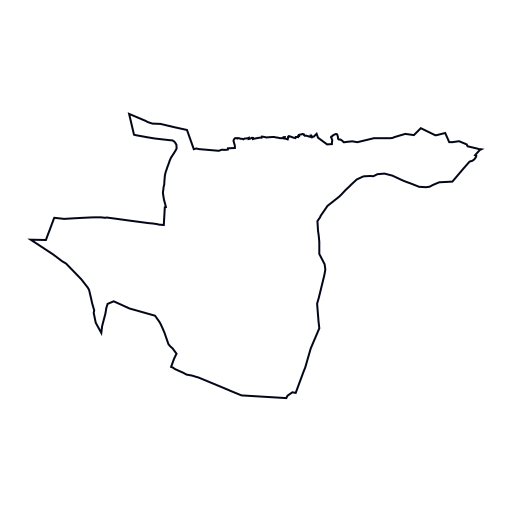 Chanal, Chiapas, Mexico
{"feature_id": "50627088B97747696398754", "entity_name": "Chanal", "entity_type": "district", "adm_level": 2, "iso_a3": "MEX", "parent_name": "Mexico", "parent_adm1": "Chiapas", "projection": "albers", "projection_center": [-92.197, 16.605], "detail": "fine", "context": "isolated", "style": "outline", "palette": "ink", "viewbox_px": 512, "rotation_deg": 0, "n_neighbors": 0, "source": "geoboundaries", "source_scale": "gbopen_adm2", "svg_char_len": 4936}
<svg xmlns="http://www.w3.org/2000/svg" viewBox="0 0 512 512"><path d="M62.2,261.3L66.0,263.5L81.4,279.4L87.9,287.8L89.1,290.0L91.2,298.9L91.9,302.2L92.3,303.8L94.2,310.4L93.7,312.9L95.7,322.6L96.9,324.9L101.3,332.9L102.1,326.2L105.4,313.6L106.1,309.5L106.1,308.7L107.6,303.9L113.7,301.3L129.5,308.5L155.0,315.7L159.5,322.0L160.8,324.4L162.4,327.9L164.5,332.8L167.2,340.6L168.2,343.5L168.6,344.4L170.4,346.5L172.5,348.3L176.5,353.7L174.0,358.9L171.1,366.9L173.1,367.7L175.0,369.1L183.3,372.8L184.4,373.4L186.6,374.6L192.1,375.6L195.6,376.7L197.0,377.1L198.2,377.4L229.7,390.5L229.8,390.6L241.5,395.4L286.3,398.1L287.5,395.7L292.4,392.3L295.7,392.9L303.8,371.0L305.2,367.6L310.7,348.5L319.3,328.3L318.5,321.1L317.1,303.7L318.9,297.4L324.3,275.3L325.3,269.9L325.1,267.6L324.6,264.2L320.3,255.9L319.4,254.2L319.3,253.6L319.3,245.0L319.3,243.3L319.3,242.0L318.8,236.4L318.0,230.5L317.5,222.4L317.4,221.2L320.0,217.4L320.8,215.6L327.5,205.9L339.0,196.8L340.3,195.6L341.5,194.4L345.6,190.0L349.8,186.1L350.4,185.4L351.0,184.8L356.7,179.5L363.1,176.5L364.2,176.3L369.9,176.0L373.4,176.2L377.4,174.2L384.5,173.6L392.3,175.6L402.6,180.4L406.3,181.9L410.8,183.5L419.1,186.8L426.0,187.2L429.7,186.7L433.0,184.9L439.2,182.3L452.4,181.6L463.5,168.5L464.5,167.4L467.8,163.6L469.5,161.7L470.6,161.2L471.7,161.1L472.5,160.6L473.4,160.1L474.7,158.9L475.9,157.1L476.3,155.9L475.8,155.5L475.1,155.2L475.8,154.4L479.7,150.1L480.2,149.8L480.5,149.7L481.3,149.3L480.6,149.2L479.7,149.2L478.8,149.1L477.6,148.7L476.5,148.4L467.6,146.3L466.7,144.4L459.0,141.2L452.2,142.2L450.2,142.1L449.2,142.1L445.2,133.0L436.8,135.1L435.4,135.3L420.8,128.2L413.9,135.1L405.3,133.9L394.4,137.1L392.7,137.9L390.3,138.2L373.9,138.2L357.3,142.2L352.2,141.3L349.7,141.6L349.3,141.6L345.9,142.0L345.5,142.1L344.4,142.2L343.9,142.3L343.7,142.2L342.3,140.8L340.6,139.6L340.2,139.7L339.8,139.5L339.4,139.4L339.2,139.4L338.9,139.5L338.6,139.3L338.1,138.8L338.0,137.9L337.9,136.8L337.2,134.5L336.8,134.2L336.6,134.1L336.3,134.0L336.0,134.0L335.8,134.1L335.6,134.1L335.3,134.2L335.1,134.3L334.8,134.4L334.5,134.5L334.3,134.7L334.0,134.8L333.7,135.0L333.3,135.1L333.0,135.3L332.7,135.7L332.4,135.8L332.3,136.1L331.9,136.4L331.7,136.6L331.5,136.8L331.2,136.8L331.0,137.1L331.0,137.3L331.2,137.5L331.4,137.7L331.6,138.2L331.8,139.1L332.2,139.8L332.2,140.3L332.2,140.7L332.2,141.0L332.0,141.3L332.0,141.6L332.0,141.9L332.0,142.2L331.9,143.5L331.9,143.9L331.9,144.1L327.1,144.4L318.0,137.7L316.6,133.8L313.7,136.7L312.4,136.9L311.5,135.9L311.4,137.0L310.4,136.2L310.3,136.8L309.2,136.6L308.7,136.4L308.1,136.2L305.9,135.6L304.9,135.8L303.8,134.9L303.9,134.4L302.9,134.0L302.4,134.0L301.4,134.4L300.1,134.6L299.0,134.9L299.1,136.0L298.2,135.9L298.1,137.1L297.0,137.0L295.8,137.0L295.4,138.1L294.3,137.8L293.2,137.6L292.2,137.2L291.1,136.8L290.0,136.4L289.0,136.1L288.9,136.1L288.6,137.1L288.4,137.1L288.1,137.0L288.0,138.1L287.7,139.4L286.5,139.0L285.5,138.6L284.3,138.4L284.7,137.1L283.5,137.2L283.5,138.4L282.1,138.1L280.9,138.2L280.1,138.1L279.8,138.1L278.7,137.9L277.7,137.6L276.5,137.5L275.4,137.3L274.2,137.0L273.1,137.0L271.9,137.0L271.3,137.1L270.7,137.1L269.8,137.1L268.5,137.3L267.3,137.3L266.2,137.5L265.1,137.1L264.0,136.9L262.9,136.7L261.8,136.6L261.6,137.7L260.6,137.7L259.5,137.7L257.3,138.1L256.2,138.3L255.1,138.5L254.1,138.7L253.0,139.0L253.0,137.9L251.9,137.8L250.9,138.3L250.4,138.5L249.9,138.7L248.7,139.0L248.8,137.8L247.8,138.2L246.7,138.4L244.4,138.6L243.5,139.3L242.4,138.9L241.5,138.8L240.3,138.7L239.3,138.3L238.2,138.1L237.4,138.5L237.2,138.1L236.7,138.1L235.2,138.1L234.4,138.8L233.7,140.0L233.5,141.0L233.8,141.9L234.1,143.1L234.6,144.7L234.9,146.1L234.9,147.3L234.9,148.0L228.0,148.3L227.9,149.5L226.3,149.8L224.8,149.9L223.2,149.8L222.0,149.7L220.7,150.1L218.8,150.8L217.6,150.7L198.9,149.1L196.4,148.5L193.8,149.2L187.0,130.0L186.3,129.9L186.2,129.8L174.3,127.2L160.4,123.9L152.4,123.6L147.8,122.1L145.6,120.9L129.1,113.9L134.0,134.7L135.9,135.2L143.7,136.6L146.9,137.2L154.8,138.5L164.5,139.6L169.7,140.2L172.5,140.4L174.3,141.6L175.2,142.7L176.4,144.7L176.6,148.0L176.6,148.5L175.7,150.3L173.8,153.4L173.4,154.0L172.5,155.4L170.9,157.8L170.5,158.8L169.6,160.8L169.6,161.0L169.3,161.9L169.0,162.7L168.7,163.5L168.3,164.7L167.7,166.2L166.9,168.4L166.6,169.5L166.0,171.1L165.4,173.2L165.0,174.9L164.8,176.5L164.4,181.3L164.3,182.8L164.3,184.0L164.2,184.3L164.2,184.7L164.1,185.0L164.0,185.4L163.9,185.7L163.9,185.9L163.8,186.1L163.7,186.4L163.6,187.1L163.5,187.7L163.4,189.2L163.1,191.0L162.9,193.0L163.9,199.4L165.3,204.6L165.9,207.1L164.8,207.3L164.2,217.9L163.8,225.0L158.7,224.6L157.6,224.2L152.8,223.5L148.4,223.1L128.0,220.4L114.2,218.5L106.6,217.5L106.2,217.6L105.8,217.7L105.6,217.7L105.3,217.8L104.8,217.8L104.4,217.7L100.6,217.3L97.0,217.3L91.7,217.4L83.3,217.8L73.9,218.3L64.2,218.9L54.3,217.8L53.8,218.9L50.6,227.5L49.9,229.4L48.2,233.8L45.9,240.0L30.7,239.7L53.5,254.7L54.0,255.1L62.2,261.3Z" fill="none" stroke="#020617" stroke-width="2"/></svg>